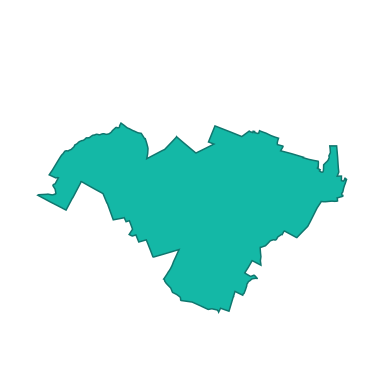 outline of Cobadin, Constanta, Romania, rotated 205°
{"feature_id": "2599482B18886036836005", "entity_name": "Cobadin", "entity_type": "district", "adm_level": 2, "iso_a3": "ROU", "parent_name": "Romania", "parent_adm1": "Constanta", "projection": "natural_earth1", "projection_center": [28.207, 44.043], "detail": "fine", "context": "isolated", "style": "filled", "palette": "teal", "viewbox_px": 384, "rotation_deg": 205, "n_neighbors": 0, "source": "geoboundaries", "source_scale": "gbopen_adm2", "svg_char_len": 5857}
<svg xmlns="http://www.w3.org/2000/svg" viewBox="0 0 384 384"><g transform="rotate(205 192 192)"><path d="M167.1,92.8L163.9,92.7L162.2,92.6L159.0,91.9L158.4,91.7L157.8,91.3L157.0,90.0L156.7,89.4L156.5,89.2L156.3,89.1L155.9,89.1L145.7,92.2L145.3,92.3L139.4,92.4L127.9,92.4L127.5,92.5L127.0,92.9L124.9,94.4L124.4,94.6L119.9,95.6L119.4,95.7L118.7,95.5L117.6,94.9L117.1,94.4L117.0,98.7L108.1,99.6L110.2,113.8L110.2,114.4L110.0,114.7L110.0,114.8L110.3,115.0L110.4,115.3L110.5,116.4L110.6,117.1L110.8,118.6L110.9,119.3L111.0,120.1L107.9,120.0L102.4,119.9L102.5,121.5L102.1,121.8L102.0,122.1L102.2,125.7L102.3,126.5L102.7,129.9L103.2,131.3L103.3,131.7L103.1,132.6L103.0,134.6L102.8,134.9L101.9,136.3L101.0,138.5L100.5,138.8L100.1,139.2L97.8,140.7L97.5,140.9L96.8,141.0L96.5,141.1L96.4,141.2L96.4,141.3L99.2,142.5L100.2,142.8L100.5,142.8L100.8,142.7L102.5,140.9L102.8,140.6L103.1,140.4L103.3,140.3L103.6,140.3L104.0,140.3L108.5,140.7L109.1,140.9L110.0,141.0L109.1,147.9L109.1,148.0L108.5,155.2L108.4,155.2L98.6,154.8L99.3,156.0L100.8,158.3L101.0,158.7L101.7,160.9L102.2,162.5L103.9,165.3L104.7,166.7L106.6,170.1L106.7,170.8L106.1,171.0L105.3,171.8L103.8,173.3L102.8,174.2L102.6,174.6L101.5,177.6L100.6,180.3L100.4,180.9L98.6,182.6L97.9,183.2L97.5,183.4L96.5,183.5L96.2,183.7L95.9,184.0L95.6,184.4L95.5,184.7L95.2,187.7L93.9,189.7L93.8,190.0L93.2,190.8L93.1,191.1L93.0,191.3L92.7,191.5L92.3,191.5L92.1,195.0L91.9,195.5L91.7,195.7L91.4,195.7L78.2,194.9L77.9,195.0L77.7,195.0L75.3,202.1L72.6,209.7L72.3,215.3L71.9,229.8L71.8,231.0L70.9,237.0L70.9,238.0L68.6,238.8L66.9,239.6L64.2,241.2L61.6,242.7L60.5,243.2L59.0,243.7L56.8,244.9L56.3,245.4L57.9,248.1L57.6,248.2L55.2,250.4L54.5,250.9L53.8,251.6L53.6,252.0L53.8,252.1L53.9,252.7L54.0,252.7L54.8,252.6L55.6,253.5L55.6,254.8L55.4,255.4L55.4,255.9L55.5,256.4L56.1,259.1L56.2,259.6L56.5,261.8L56.6,262.5L56.7,264.5L56.9,265.9L57.2,268.4L57.8,268.1L58.0,268.9L58.1,269.1L59.2,269.2L59.3,269.1L59.1,268.0L59.1,267.4L59.1,266.7L59.4,265.8L61.4,265.5L63.3,269.6L67.1,267.7L67.1,267.9L67.4,272.1L69.4,275.4L71.3,278.8L74.8,285.2L80.4,294.9L86.6,292.0L85.1,289.6L83.4,286.5L83.2,285.9L83.2,282.6L83.1,282.4L82.5,281.8L82.4,281.6L82.2,281.1L82.1,278.4L82.6,276.5L83.1,275.4L84.2,272.3L82.9,269.3L82.1,267.3L81.9,266.7L81.8,265.8L81.9,265.5L82.1,265.2L82.3,265.0L82.6,264.8L83.7,264.7L85.4,265.0L85.3,266.3L85.9,266.2L86.5,266.4L87.1,266.5L87.9,266.5L88.4,266.5L88.6,267.5L88.1,267.8L88.4,268.6L89.8,271.9L90.2,272.7L90.7,273.2L94.9,272.1L100.1,270.9L106.2,270.0L106.5,270.2L106.3,270.5L118.0,268.8L129.1,266.8L128.7,270.8L128.8,271.9L128.9,272.0L129.2,272.0L132.0,271.5L134.2,271.1L134.4,271.1L134.6,271.1L135.0,271.6L135.5,272.6L135.8,273.8L136.1,275.4L136.3,277.3L140.3,276.8L144.5,276.5L149.7,276.6L154.0,276.2L155.4,276.1L156.7,276.1L156.4,273.6L156.6,273.6L156.8,273.1L157.3,272.8L160.5,272.3L160.8,273.3L162.3,272.9L162.1,271.5L162.9,271.4L163.8,271.4L164.1,271.2L164.9,271.2L165.1,271.3L165.9,271.4L170.3,263.3L181.7,262.7L199.1,261.6L198.2,244.3L192.4,244.7L192.8,244.2L193.2,243.8L193.5,243.2L202.2,232.3L204.8,229.1L205.1,229.0L205.6,229.1L221.7,233.4L229.2,235.5L229.4,235.6L229.4,235.0L231.1,229.8L234.6,219.5L234.8,218.9L235.7,217.9L236.9,216.4L241.7,210.1L247.1,203.0L248.3,207.8L250.2,212.7L251.1,214.0L253.1,216.4L254.5,218.0L256.9,220.6L257.4,220.2L258.4,220.9L262.8,223.7L266.1,222.8L267.5,222.8L270.4,222.8L270.7,222.7L272.3,222.7L275.8,222.9L276.3,222.8L276.9,222.8L278.0,222.8L278.4,222.9L281.6,223.7L283.7,224.1L285.5,224.4L285.6,221.5L285.5,221.3L285.3,220.7L285.2,220.4L285.2,220.2L285.3,219.8L285.6,219.3L286.1,218.9L286.6,218.7L287.4,218.7L288.0,218.5L288.3,218.2L290.1,213.9L290.3,212.5L290.7,211.5L291.4,210.4L291.7,209.8L291.8,209.6L292.1,209.4L292.8,208.9L293.1,208.6L293.9,208.1L294.8,207.8L295.4,207.8L296.3,207.6L296.6,207.5L297.1,207.3L297.4,207.1L298.3,206.4L299.6,205.0L300.2,204.6L300.6,204.5L301.7,204.4L302.8,204.0L303.1,203.9L303.9,203.1L304.5,202.4L304.6,202.2L305.0,202.1L305.7,201.7L306.1,201.2L306.8,200.1L307.8,198.2L308.1,197.8L309.3,197.0L310.4,196.6L310.7,196.3L310.9,196.0L311.2,195.0L312.0,193.4L312.3,192.9L312.7,192.6L313.6,192.0L314.0,191.6L314.6,190.9L315.3,190.1L315.5,189.8L316.0,188.9L316.2,188.1L316.9,186.6L317.9,185.4L318.1,185.0L318.1,184.7L318.0,183.4L318.1,183.0L318.2,182.6L319.1,180.6L319.2,179.8L320.8,178.1L321.1,177.7L321.4,177.2L321.6,176.8L322.1,176.7L323.0,176.4L323.4,176.2L323.8,175.9L324.2,175.5L324.5,175.2L325.0,172.5L325.1,172.0L325.5,171.2L326.0,169.0L326.7,163.1L327.8,152.7L328.2,150.5L328.7,147.2L321.9,147.2L321.4,147.2L321.2,147.3L320.3,148.1L320.0,148.2L319.1,148.4L319.5,141.7L319.7,141.4L319.8,141.2L320.3,140.7L320.6,140.4L320.8,140.1L320.8,139.3L320.7,139.0L320.5,138.8L317.4,136.8L317.1,136.5L314.7,133.1L314.9,132.5L315.2,132.3L315.6,132.0L315.5,131.8L316.1,131.4L317.1,130.5L317.3,130.4L317.8,130.2L319.3,129.8L321.3,129.3L321.9,129.1L322.3,128.8L322.4,128.7L329.7,124.8L329.9,124.6L330.2,124.2L330.4,123.9L316.4,123.1L302.8,122.6L301.7,122.5L298.5,122.4L297.8,136.1L297.6,136.4L297.6,136.6L296.8,153.4L296.8,154.4L296.9,154.5L296.5,154.7L284.9,153.8L284.7,153.8L280.6,153.5L274.0,153.1L272.1,152.9L271.6,152.7L271.4,152.4L264.4,146.0L264.0,146.0L251.6,133.5L245.6,137.8L243.7,139.2L243.0,139.7L242.6,140.1L239.2,137.2L236.6,139.5L230.9,133.9L230.2,133.1L230.2,132.9L231.0,126.9L228.5,126.8L227.5,126.9L227.2,127.1L224.7,129.4L219.1,124.2L213.2,129.3L210.5,126.8L204.8,121.4L200.1,116.8L199.7,116.7L199.5,116.8L199.0,117.1L195.8,119.9L193.6,121.8L191.8,123.4L179.4,134.4L179.4,132.5L179.3,126.5L179.3,121.8L179.3,121.0L179.1,118.8L179.0,116.8L179.1,113.3L179.4,110.7L179.5,110.5L179.6,110.3L179.7,109.3L179.9,107.3L180.3,104.5L180.7,102.0L180.9,101.1L180.3,101.1L180.1,101.0L179.2,99.9L179.0,99.7L176.9,98.4L174.7,97.5L171.0,96.1L170.6,95.9L167.7,93.2L167.4,93.0L167.1,92.8Z" fill="#14b8a6" stroke="#0f766e" stroke-width="1.5"/></g></svg>